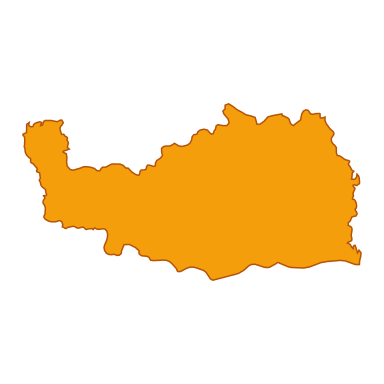 Kédougou, Albers equal-area conic projection
{"feature_id": "SEN-5515", "entity_name": "Kédougou", "entity_type": "Region", "adm_level": 1, "iso_a3": "SEN", "parent_name": "Senegal", "parent_adm1": "", "projection": "albers", "projection_center": [-12.553, 12.877], "detail": "fine", "context": "isolated", "style": "filled", "palette": "amber", "viewbox_px": 384, "rotation_deg": 0, "n_neighbors": 0, "source": "natural_earth", "source_scale": "10m", "svg_char_len": 5504}
<svg xmlns="http://www.w3.org/2000/svg" viewBox="0 0 384 384"><path d="M281.9,113.9L282.3,115.6L283.6,115.9L287.6,117.9L288.7,118.7L289.3,119.9L290.3,122.9L290.9,123.9L292.7,125.4L293.6,125.5L294.4,124.6L300.7,119.8L301.1,116.8L301.9,113.7L303.4,111.1L305.7,109.9L307.9,110.2L309.0,111.4L309.8,112.9L311.3,114.1L312.8,114.3L315.7,113.6L319.5,113.5L320.2,114.1L320.0,116.3L320.4,117.9L322.0,118.0L323.9,117.6L325.0,117.0L325.0,120.4L326.1,123.4L329.8,128.6L333.2,131.6L333.9,133.1L333.7,134.7L331.8,137.5L331.2,139.2L331.7,142.0L333.1,143.9L334.9,145.5L336.3,147.5L336.4,152.9L337.2,155.4L339.8,156.0L341.9,157.3L343.7,158.7L345.6,159.8L348.1,160.4L349.6,161.1L349.5,162.1L348.6,163.3L348.3,164.2L350.4,167.2L351.3,169.1L351.9,170.1L352.5,170.6L353.8,171.2L353.6,171.8L352.7,172.5L352.2,173.1L352.2,174.4L351.9,177.4L351.5,179.0L353.8,179.4L355.5,178.7L356.6,176.9L357.0,174.2L358.3,175.6L359.0,177.1L359.3,178.9L359.6,182.9L359.1,183.9L358.2,184.4L356.9,185.5L356.2,185.5L355.3,185.0L354.2,184.7L353.2,185.2L353.1,186.1L353.8,187.0L354.7,187.8L355.0,188.6L354.4,190.1L353.6,191.7L353.0,193.3L353.5,195.8L353.3,196.5L352.8,197.2L352.5,198.0L352.5,199.0L353.1,199.3L353.8,199.4L354.2,199.5L354.4,199.7L355.0,200.4L355.6,201.5L356.1,202.8L356.4,204.4L356.6,206.2L356.3,207.9L355.2,209.0L355.2,209.7L356.8,212.6L357.1,214.0L355.9,216.0L353.8,216.4L351.8,217.1L350.2,221.1L349.1,221.9L348.2,223.1L348.3,225.4L348.9,225.7L350.0,226.2L351.2,227.0L352.0,228.6L352.0,230.2L351.2,235.1L351.4,236.7L351.7,237.8L351.9,238.9L351.6,240.7L348.4,242.1L347.4,243.1L349.0,243.7L350.1,244.4L351.9,247.4L353.1,248.5L353.0,247.4L353.8,245.7L355.0,245.3L356.0,247.7L356.3,249.0L357.2,251.6L357.5,252.9L358.7,251.0L359.0,250.2L361.0,252.8L360.7,256.4L359.7,260.5L359.4,264.6L355.2,264.5L345.3,260.9L340.3,260.4L327.3,261.5L321.0,262.6L309.4,267.0L303.7,268.0L291.4,267.5L288.3,266.8L279.2,263.0L279.0,262.8L278.7,262.6L277.6,262.6L277.0,262.9L275.3,264.1L269.6,267.2L267.6,267.6L264.4,267.3L255.3,264.3L251.5,264.4L248.8,265.8L243.8,270.3L238.3,273.5L212.8,280.2L210.4,278.9L206.1,272.3L203.4,270.4L196.8,268.0L193.7,267.2L191.1,267.1L188.5,267.6L185.6,268.8L181.2,271.2L180.1,271.6L179.9,271.6L177.7,271.5L177.2,270.9L177.0,269.9L176.2,268.4L172.0,263.7L169.5,261.6L166.6,260.4L163.5,260.1L153.7,260.6L150.6,260.2L149.8,258.9L149.1,257.4L146.7,256.2L142.2,255.9L140.8,255.3L139.2,253.9L138.9,252.6L139.1,251.5L139.2,250.9L135.5,247.6L129.6,244.5L124.1,244.6L121.6,250.7L121.1,253.7L119.3,255.2L116.9,255.4L114.2,254.3L111.3,254.7L108.6,254.4L106.4,253.2L104.7,250.7L104.0,247.7L104.6,245.1L106.8,239.9L107.4,237.2L107.6,234.1L106.9,231.2L105.0,229.1L102.7,228.8L100.1,229.2L97.3,229.3L94.6,227.9L93.2,229.6L92.0,228.7L91.0,228.6L90.0,228.8L88.6,228.8L86.7,229.4L86.1,229.5L85.4,229.1L84.0,227.6L83.2,227.1L82.0,227.2L79.5,227.9L78.2,228.1L76.8,227.9L75.0,226.7L73.7,226.4L72.4,226.4L67.9,227.4L67.2,227.6L66.8,228.1L66.4,228.4L65.5,228.5L64.8,228.2L63.5,227.3L62.8,227.0L62.3,226.9L62.8,224.5L61.6,221.5L59.6,220.6L58.7,220.7L58.0,221.1L56.8,221.5L55.2,221.8L51.8,221.8L49.8,221.5L48.2,220.9L46.3,219.9L45.1,219.0L44.1,217.7L43.9,216.7L44.0,216.0L44.8,214.6L45.0,213.8L45.4,208.1L45.2,207.2L44.8,206.3L44.4,204.9L43.4,203.8L43.0,202.7L43.0,201.8L43.2,201.0L43.5,200.2L44.4,198.9L44.7,198.2L44.8,197.4L44.4,196.7L43.6,196.1L43.5,195.7L44.1,195.5L44.8,195.6L45.7,195.6L46.4,195.3L46.6,194.2L46.0,193.1L45.4,189.4L44.8,188.9L42.7,187.4L41.3,185.8L40.8,184.6L40.3,182.1L39.6,181.1L39.3,180.2L39.5,179.6L40.0,178.9L40.3,178.1L39.7,173.3L39.4,172.8L38.7,172.4L37.8,172.2L36.8,171.7L36.5,171.1L36.7,170.4L37.1,169.8L37.3,168.8L37.0,168.2L36.0,167.1L34.9,165.7L33.2,163.9L30.9,162.5L30.6,161.7L30.6,160.8L30.7,159.9L30.6,158.8L30.1,158.2L29.3,157.9L28.5,157.1L26.5,154.9L25.4,152.5L25.1,151.1L25.0,148.6L24.4,147.4L24.3,146.4L24.4,145.5L24.6,144.6L24.6,142.2L24.8,141.1L24.6,137.8L24.3,136.7L23.8,136.0L23.1,135.6L23.0,134.2L26.5,132.6L26.7,124.3L29.2,122.5L28.7,125.1L29.6,126.2L31.4,126.8L32.9,126.5L33.7,124.6L34.5,123.7L36.7,122.6L39.7,121.8L41.6,122.4L40.6,125.7L42.5,125.0L43.8,121.3L45.2,120.5L51.3,120.5L57.1,121.7L59.0,120.9L60.6,120.0L61.9,120.2L63.3,122.7L61.8,125.2L60.6,126.5L60.0,127.8L60.1,130.1L60.7,131.4L61.0,132.5L61.2,133.8L61.7,134.4L62.8,134.3L63.7,134.3L64.2,134.8L64.6,135.8L65.6,136.4L66.6,137.0L67.3,137.5L67.4,138.3L66.9,139.7L67.8,141.2L68.4,143.3L67.7,145.5L67.4,147.4L69.3,149.1L63.2,151.3L63.2,152.3L66.3,153.7L66.9,157.5L66.6,162.1L67.2,166.1L70.1,169.5L73.1,170.2L79.7,168.3L83.9,166.7L86.2,166.7L90.6,167.2L94.5,168.5L97.2,170.8L99.8,170.8L101.2,168.5L102.5,167.2L105.6,167.2L109.1,165.4L111.8,164.0L120.1,164.1L123.2,165.4L125.9,168.1L128.1,168.1L131.6,171.8L135.6,174.5L138.7,175.4L140.0,173.1L140.0,171.3L141.3,170.0L144.0,170.0L146.2,169.1L146.6,166.4L147.9,165.0L151.0,165.5L153.2,166.4L155.4,165.9L155.4,163.2L156.8,160.5L160.3,158.2L162.5,155.5L161.6,151.9L161.6,148.2L163.8,146.4L166.9,146.0L170.0,146.0L172.7,144.6L174.4,143.3L176.6,144.6L178.8,146.0L182.4,146.4L187.2,145.1L189.9,143.3L191.6,140.1L192.1,136.9L193.8,134.7L196.9,134.2L197.8,131.9L200.0,130.1L204.0,129.2L207.5,130.1L209.7,132.8L211.5,134.2L213.2,133.7L214.1,131.0L215.4,129.2L216.3,125.6L218.1,124.7L222.9,125.6L226.9,125.6L229.1,122.9L228.2,119.2L223.8,113.8L222.9,111.1L225.1,108.8L225.1,105.2L228.6,103.8L233.0,106.5L237.0,109.7L241.4,112.0L245.8,114.7L251.1,116.0L255.1,117.4L256.0,120.5L256.9,124.2L260.0,124.2L263.9,121.4L267.9,116.9L273.2,115.5L281.9,113.9Z" fill="#f59e0b" stroke="#b45309" stroke-width="1.5"/></svg>